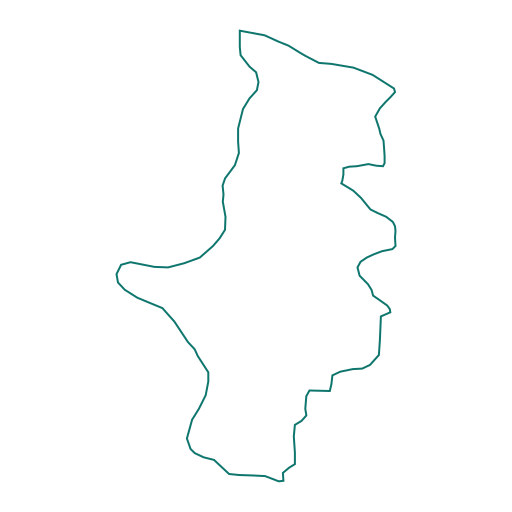 outline of Kota Bharu, Kelantan, Malaysia
{"feature_id": "92858781B26165935379781", "entity_name": "Kota Bharu", "entity_type": "district", "adm_level": 2, "iso_a3": "MYS", "parent_name": "Malaysia", "parent_adm1": "Kelantan", "projection": "mercator", "projection_center": [102.27, 6.05], "detail": "fine", "context": "isolated", "style": "outline", "palette": "teal", "viewbox_px": 512, "rotation_deg": 0, "n_neighbors": 0, "source": "geoboundaries", "source_scale": "gbopen_adm2", "svg_char_len": 1714}
<svg xmlns="http://www.w3.org/2000/svg" viewBox="0 0 512 512"><path d="M222.8,201.7L225.5,216.8L225.0,229.8L219.7,238.2L213.0,246.0L199.9,257.5L184.3,263.2L168.1,267.4L154.5,266.9L130.5,262.2L121.1,264.8L116.5,274.2L118.0,282.5L124.8,289.8L137.3,297.7L148.3,302.3L162.4,308.1L174.4,321.6L187.9,342.0L194.7,349.3L197.8,356.1L208.3,372.3L208.3,381.6L205.7,395.2L198.9,408.8L192.1,419.7L186.9,438.5L189.5,445.9L190.5,448.9L194.7,453.1L203.6,457.3L214.0,459.9L221.8,467.2L229.1,474.0L239.0,475.0L253.7,475.5L265.1,476.1L278.7,481.3L283.4,480.8L282.9,472.9L289.1,467.7L294.9,464.1L294.9,452.6L293.8,436.4L294.9,424.9L301.6,420.8L306.3,415.5L306.2,414.4L305.3,408.8L306.3,396.2L309.5,390.5L329.8,391.0L331.4,384.2L332.4,375.4L340.2,371.7L352.8,369.1L362.2,368.6L370.0,364.9L378.9,355.0L379.9,339.9L380.9,316.4L390.3,312.3L389.8,309.1L387.2,305.5L378.3,299.2L373.1,295.6L371.5,289.8L367.9,284.1L359.6,275.7L357.5,267.4L360.6,261.7L366.9,257.5L373.6,254.4L382.0,251.2L392.4,249.1L395.5,246.0L395.0,237.7L395.5,230.9L395.0,226.2L392.9,222.0L386.2,216.8L377.8,213.1L370.5,209.5L365.8,203.8L361.1,198.0L353.3,190.7L341.3,183.4L342.3,180.8L343.4,174.5L343.4,168.3L349.1,166.7L356.9,166.2L368.4,164.1L376.2,165.7L383.0,166.2L384.6,163.1L384.6,156.3L384.1,148.5L383.5,140.6L380.4,133.8L379.4,129.2L375.2,116.6L379.9,108.3L385.6,102.0L390.3,97.3L395.0,92.1L394.0,88.5L372.6,74.9L365.8,72.3L353.3,67.6L331.4,63.9L318.9,62.9L305.8,56.1L299.6,52.5L288.6,45.7L278.2,41.5L264.6,35.3L239.8,30.7L239.8,47.0L240.6,55.2L249.5,66.6L256.1,72.3L258.5,82.1L256.9,90.2L249.5,98.4L243.0,109.0L238.1,128.5L238.1,141.6L238.9,153.0L234.9,165.2L225.1,178.3L222.6,185.6L223.5,194.6L222.8,201.7Z" fill="none" stroke="#0f766e" stroke-width="2"/></svg>